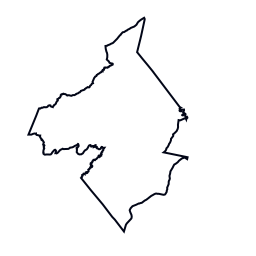 Ngabwe, Central, Zambia, rotated 231°
{"feature_id": "96606910B70902538429016", "entity_name": "Ngabwe", "entity_type": "district", "adm_level": 2, "iso_a3": "ZMB", "parent_name": "Zambia", "parent_adm1": "Central", "projection": "equal_earth", "projection_center": [27.56, -14.095], "detail": "fine", "context": "isolated", "style": "outline", "palette": "ink", "viewbox_px": 256, "rotation_deg": 231, "n_neighbors": 0, "source": "geoboundaries", "source_scale": "gbopen_adm2", "svg_char_len": 5785}
<svg xmlns="http://www.w3.org/2000/svg" viewBox="0 0 256 256"><g transform="rotate(231 128 128)"><path d="M203.5,209.9L204.0,206.1L204.0,203.2L203.9,202.2L202.9,199.5L202.9,196.8L204.0,193.2L204.1,191.6L204.6,189.4L204.5,188.4L204.8,187.6L205.0,185.4L205.7,184.2L205.7,183.8L205.3,181.4L205.1,181.2L205.1,179.6L204.8,178.8L204.7,177.9L204.2,175.9L203.6,170.4L203.6,169.5L204.1,168.1L204.4,166.2L205.0,164.6L205.0,163.8L205.9,162.1L203.5,160.5L200.9,159.3L199.5,158.9L197.9,158.0L195.9,156.3L194.6,154.6L191.9,155.0L190.2,154.7L188.7,155.7L187.8,156.5L187.4,156.5L186.9,156.0L187.1,155.1L187.3,154.9L187.3,154.0L187.8,152.9L187.5,152.0L187.9,151.3L187.9,150.9L187.7,150.8L187.7,150.1L189.3,148.5L189.8,147.7L189.6,147.3L189.3,147.6L189.1,147.5L188.9,146.6L188.4,145.9L189.0,144.9L187.9,143.9L188.6,143.2L188.2,142.3L188.5,141.8L188.5,140.0L188.8,138.6L188.7,137.7L188.9,137.1L188.3,136.1L188.6,134.8L188.3,134.1L188.2,133.3L186.1,129.4L184.8,129.0L185.1,127.6L184.6,126.3L184.7,125.2L184.0,123.9L184.0,123.4L184.3,123.0L185.1,122.5L185.1,121.9L185.4,121.0L185.3,120.1L185.5,119.0L185.2,118.5L185.4,117.4L186.0,116.3L186.1,115.7L186.5,114.7L186.3,114.4L186.1,112.9L186.4,112.5L186.4,111.0L186.9,109.9L186.9,109.2L187.1,109.0L187.0,108.3L187.3,107.0L188.2,106.0L188.5,105.1L188.5,104.5L189.4,103.6L190.6,102.8L190.8,102.4L191.3,102.0L191.5,101.2L193.4,100.8L193.8,100.6L194.8,99.5L195.2,99.5L195.5,98.9L195.4,98.7L195.5,98.0L196.1,97.5L195.9,96.4L195.2,95.9L194.8,95.3L194.7,94.5L194.5,94.3L194.5,93.6L194.7,93.3L194.6,92.1L194.9,91.3L194.6,91.0L193.8,91.0L193.5,90.7L193.5,89.6L193.2,89.0L193.1,88.4L192.4,87.4L192.2,86.7L192.2,86.0L192.4,85.2L192.1,84.8L191.9,83.0L191.6,82.7L193.1,81.7L193.7,81.6L194.4,81.9L195.0,81.4L195.5,80.2L195.2,79.1L195.3,78.0L196.3,76.6L197.1,75.9L197.6,74.2L198.2,73.6L198.3,72.1L198.9,71.7L199.2,71.1L195.3,64.4L185.5,46.5L183.7,48.7L183.1,50.8L182.4,52.1L181.8,52.5L181.6,53.0L181.0,52.6L180.2,52.6L178.7,53.8L178.2,54.2L177.6,54.2L177.3,54.9L176.3,54.0L175.0,53.8L173.6,53.9L173.5,53.4L173.3,53.3L172.8,53.4L172.6,53.8L172.2,53.9L169.8,53.6L169.6,53.0L169.3,52.6L168.4,52.1L168.0,52.1L168.1,51.9L167.9,51.9L167.9,51.5L167.7,51.4L167.6,51.6L167.2,51.4L167.1,51.5L166.8,51.6L166.2,50.5L165.1,50.2L165.1,49.8L164.4,49.3L164.0,48.4L162.9,47.4L162.6,46.9L162.0,46.9L161.6,46.6L161.4,46.2L161.1,46.1L160.2,46.3L159.6,46.6L158.6,48.2L156.7,50.4L156.1,51.3L156.2,52.5L156.7,53.8L157.1,55.9L157.2,57.0L157.0,57.6L156.8,57.8L155.5,57.7L154.1,55.8L153.8,56.2L153.2,56.5L153.0,57.6L153.6,61.7L153.2,63.0L153.1,63.7L153.0,64.2L152.2,64.6L149.3,68.5L149.1,69.9L149.2,70.6L148.1,72.4L147.7,73.7L147.6,75.2L146.9,77.8L147.1,79.1L146.9,79.2L145.6,78.7L145.0,78.2L144.7,77.1L145.0,76.1L144.9,75.5L144.6,75.3L143.8,75.3L143.4,74.6L142.6,74.1L141.6,73.0L139.5,72.9L138.2,73.5L137.0,75.0L136.7,77.0L137.4,79.0L137.7,80.4L137.4,82.3L137.6,83.5L138.9,86.6L138.6,87.8L138.3,88.1L138.0,88.1L137.0,87.7L136.7,87.7L136.5,88.1L136.4,88.8L136.1,89.5L135.9,89.7L135.4,89.6L134.8,89.2L134.5,90.3L135.2,91.3L135.3,91.7L135.1,92.0L134.5,91.5L134.4,90.6L134.2,90.5L133.8,91.4L133.0,91.9L132.7,91.7L132.5,91.1L131.5,91.2L130.6,91.9L129.9,92.0L129.4,92.6L129.1,93.7L129.3,94.2L129.7,94.6L129.9,95.6L129.4,96.0L128.8,95.9L128.1,96.3L127.5,97.2L127.3,96.6L127.5,95.8L127.3,95.5L126.9,95.2L126.8,95.3L126.3,94.8L126.3,94.3L126.0,93.6L126.1,93.4L126.1,93.2L125.9,92.7L125.6,92.7L125.6,91.8L125.3,91.4L125.2,91.4L125.1,91.1L124.9,90.6L124.6,90.6L124.6,90.9L124.2,91.0L124.0,90.4L123.3,89.8L123.5,89.2L123.4,88.3L123.6,88.4L123.8,88.8L124.0,87.8L124.4,87.5L124.7,87.7L124.8,88.3L124.9,88.2L124.8,87.4L124.4,87.2L124.0,86.7L124.2,85.6L123.9,85.0L123.8,83.7L124.1,82.7L123.8,82.1L124.2,81.7L124.6,81.8L125.0,81.1L124.8,80.8L124.6,79.6L124.3,79.6L123.9,78.7L124.1,78.1L124.1,76.8L123.6,76.3L123.3,76.6L123.2,76.2L122.6,75.9L122.3,76.4L121.5,76.4L121.5,75.8L121.4,76.1L120.7,76.1L120.4,75.6L120.4,75.4L120.9,74.8L120.9,74.5L121.3,74.3L121.1,74.0L120.7,73.9L120.9,73.2L120.5,72.8L120.4,72.1L120.7,71.7L120.6,71.0L120.2,71.0L119.2,69.9L119.1,69.5L119.3,69.1L119.1,69.2L119.1,68.8L119.0,68.7L118.7,68.1L118.9,67.6L119.1,67.7L119.4,67.3L119.5,66.7L119.7,66.9L119.8,66.7L119.6,66.3L119.7,65.7L119.4,65.4L119.9,65.3L120.5,64.7L120.1,63.8L120.1,63.2L119.8,63.0L120.1,62.7L119.6,62.4L119.4,61.5L118.7,61.1L118.7,60.1L103.0,60.0L84.5,60.3L68.9,59.8L65.1,60.1L50.1,59.7L54.1,65.5L54.6,67.0L55.5,73.3L55.8,74.1L56.9,75.2L58.3,76.0L61.2,76.8L63.1,77.6L64.0,79.6L64.4,82.3L63.2,86.1L62.6,88.8L62.1,89.4L61.9,90.3L61.2,91.6L61.1,95.3L60.7,97.2L60.6,103.5L60.3,104.8L60.1,106.4L59.7,108.0L59.1,108.9L58.3,109.5L57.4,110.6L53.8,113.5L53.1,114.7L53.1,115.3L54.0,117.8L55.1,118.9L55.6,119.9L57.0,120.9L58.8,124.3L60.6,125.8L61.2,126.6L61.7,127.8L62.4,128.7L64.7,130.1L66.1,132.1L67.6,133.7L69.1,137.8L70.1,139.9L70.5,141.0L70.2,142.4L70.1,144.8L70.2,145.8L70.5,147.0L70.4,150.8L69.7,152.6L69.6,153.4L66.6,154.4L67.8,155.9L86.6,140.4L86.6,142.2L86.9,143.4L87.3,144.2L88.0,145.0L88.3,147.0L89.3,149.2L89.8,149.9L90.2,151.5L91.4,153.6L92.5,154.6L93.3,158.0L94.0,158.7L94.7,159.0L94.7,160.8L95.0,163.8L96.0,166.0L97.2,167.5L99.0,168.8L102.3,172.3L101.3,173.1L101.0,173.6L99.9,177.9L98.7,178.9L98.0,178.7L98.6,179.5L98.5,180.4L98.9,180.8L99.7,180.9L100.2,180.0L100.9,179.8L101.9,180.4L102.5,181.4L103.0,181.5L103.3,181.0L103.2,178.6L103.8,178.2L104.1,178.5L104.0,179.8L104.3,180.7L104.6,181.0L105.0,180.8L105.5,180.8L105.8,181.5L106.4,182.6L107.1,183.1L108.0,181.9L108.3,181.2L108.1,180.7L107.5,180.1L107.8,179.9L108.1,179.1L108.6,178.9L109.1,179.1L109.0,180.2L109.1,180.5L110.0,180.0L110.5,180.2L110.8,181.5L110.7,181.8L111.8,181.4L112.6,181.4L157.5,182.9L155.2,182.9L157.5,182.9L164.3,182.9L172.1,182.8L181.2,182.8L191.2,196.0L201.8,209.2L202.5,209.7L203.5,209.9Z" fill="none" stroke="#020617" stroke-width="2"/></g></svg>